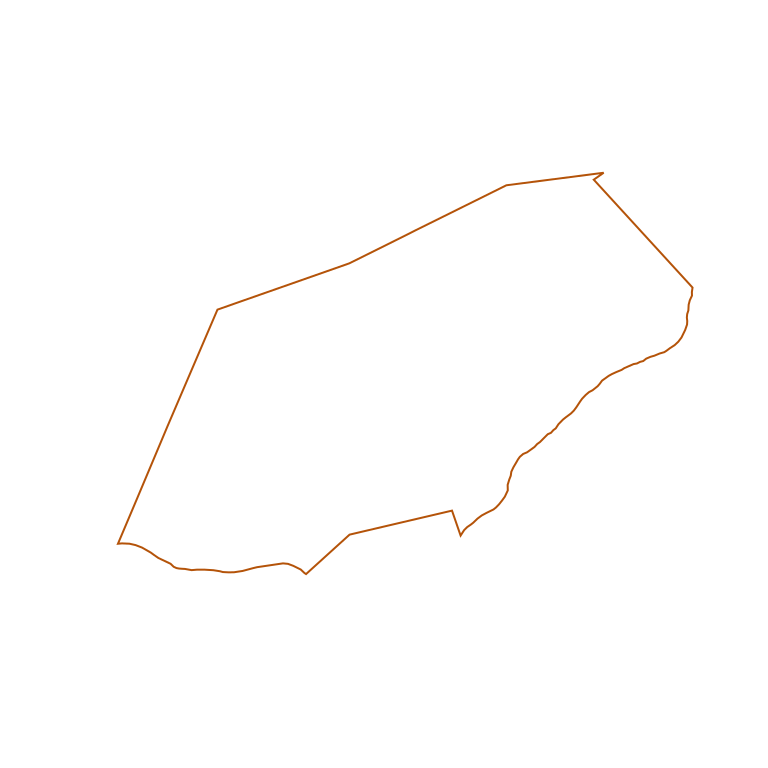 the district of Guaribas, Piauí, Brazil, rotated 48°
{"feature_id": "56859067B53995248140837", "entity_name": "Guaribas", "entity_type": "district", "adm_level": 2, "iso_a3": "BRA", "parent_name": "Brazil", "parent_adm1": "Piauí", "projection": "equal_earth", "projection_center": [-43.543, -9.085], "detail": "fine", "context": "isolated", "style": "outline", "palette": "amber", "viewbox_px": 768, "rotation_deg": 48, "n_neighbors": 0, "source": "geoboundaries", "source_scale": "gbopen_adm2", "svg_char_len": 1672}
<svg xmlns="http://www.w3.org/2000/svg" viewBox="0 0 768 768"><g transform="rotate(48 384 384)"><path d="M324.7,688.6L327.1,685.4L332.4,680.0L337.5,676.4L343.6,673.3L353.3,670.1L357.2,669.3L362.3,668.1L374.8,662.9L379.1,662.6L381.9,661.4L384.0,659.8L386.1,657.8L388.2,655.7L393.6,651.5L396.7,647.4L401.6,641.9L408.2,635.4L413.4,631.2L415.9,629.6L419.8,625.7L423.5,621.5L428.3,614.2L433.3,604.4L435.2,600.9L449.7,579.1L453.4,575.7L458.4,573.1L466.2,570.0L471.2,569.6L473.1,569.1L473.0,540.4L472.9,510.4L479.7,498.0L523.6,418.2L547.9,428.5L546.2,422.2L546.0,417.9L546.6,413.4L546.8,410.5L546.6,404.6L547.1,399.3L548.4,394.0L550.5,386.6L550.7,383.5L550.4,379.1L549.6,374.3L548.6,369.6L545.9,363.2L541.7,359.6L538.8,354.8L537.0,351.2L534.4,348.1L532.5,343.6L530.6,337.6L529.7,334.9L529.0,331.7L529.1,327.4L530.5,323.4L531.5,314.2L531.1,310.4L531.5,306.9L531.2,301.7L530.9,295.9L532.0,292.6L531.6,288.9L531.9,286.1L530.6,281.2L530.2,274.7L530.4,271.2L531.0,264.7L530.8,260.7L530.0,256.7L528.2,249.8L527.5,246.6L527.1,241.5L527.2,237.1L528.2,233.2L528.6,226.7L528.2,223.5L527.4,219.7L528.3,211.6L529.1,208.1L530.6,203.3L532.5,198.0L533.0,194.8L536.2,185.2L538.0,182.3L538.9,178.9L540.4,176.0L540.6,172.2L542.1,167.8L543.9,164.1L545.8,158.7L547.9,154.4L548.3,152.0L548.7,147.6L549.6,141.9L549.5,137.0L548.5,131.8L545.4,124.1L542.6,119.0L540.1,116.5L537.3,114.5L534.9,111.9L533.0,108.6L528.9,104.5L526.4,100.7L524.4,96.0L521.7,93.7L518.8,90.2L372.5,91.4L374.0,79.4L318.2,160.1L305.1,207.0L290.9,257.7L289.3,263.7L284.9,279.6L271.1,329.1L236.7,411.5L225.8,437.6L217.3,458.0L270.5,573.1L277.8,588.6L303.6,643.5L324.7,688.6Z" fill="none" stroke="#b45309" stroke-width="2"/></g></svg>